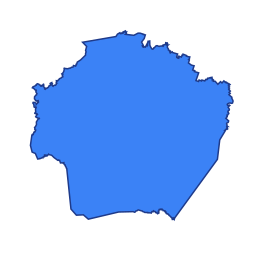 Central Highlands (Tas.), Tasmania, Australia (Mercator projection), rotated 278°
{"feature_id": "25037944B68362175930798", "entity_name": "Central Highlands (Tas.)", "entity_type": "district", "adm_level": 2, "iso_a3": "AUS", "parent_name": "Australia", "parent_adm1": "Tasmania", "projection": "mercator", "projection_center": [146.609, -42.197], "detail": "fine", "context": "isolated", "style": "filled", "palette": "blue", "viewbox_px": 256, "rotation_deg": 278, "n_neighbors": 0, "source": "geoboundaries", "source_scale": "gbopen_adm2", "svg_char_len": 5787}
<svg xmlns="http://www.w3.org/2000/svg" viewBox="0 0 256 256"><g transform="rotate(278 128 128)"><path d="M147.5,33.0L147.8,32.6L147.6,32.1L145.9,31.1L143.8,31.3L143.3,32.0L142.5,32.5L141.9,33.2L142.0,33.9L142.4,33.9L142.4,34.9L142.6,35.3L141.9,35.6L141.3,35.3L141.0,35.5L140.9,35.1L139.9,35.0L139.7,34.6L138.6,33.9L139.7,33.8L140.4,31.4L140.1,30.4L139.3,30.4L138.7,31.1L137.1,31.8L135.8,32.0L135.2,33.3L136.0,33.8L135.8,34.2L133.4,33.8L131.1,34.4L130.2,33.8L129.5,33.7L129.4,34.0L129.6,35.0L129.2,35.2L129.4,35.4L129.4,35.9L128.9,36.3L129.2,37.0L128.4,35.9L126.3,35.0L125.7,35.9L125.7,36.4L125.3,37.2L125.2,38.5L125.6,39.2L124.7,38.6L124.2,37.7L121.2,36.4L118.7,36.9L116.6,36.2L115.5,35.4L114.7,35.9L113.8,35.8L113.3,36.2L113.1,36.9L111.5,36.5L111.0,36.2L111.1,35.7L110.7,35.4L108.4,35.1L107.8,34.5L108.2,34.1L107.6,33.8L97.2,33.8L90.8,36.4L89.9,39.8L84.7,42.9L85.1,44.3L85.4,44.5L85.4,44.9L85.9,45.5L85.5,45.3L85.6,45.6L86.0,46.2L86.1,46.3L87.2,47.8L86.9,48.0L87.7,48.3L87.8,48.8L88.6,49.6L88.7,50.1L89.0,50.0L89.0,49.7L88.7,49.6L89.0,49.4L88.8,49.1L89.6,49.1L89.6,49.5L89.3,49.7L89.7,50.0L89.7,50.3L89.2,50.2L89.4,50.7L89.0,50.5L88.8,50.7L89.1,51.8L90.9,53.0L90.7,53.1L90.4,56.2L88.4,58.9L86.2,63.0L86.3,63.7L86.6,63.8L86.3,64.5L86.4,64.8L84.0,66.0L84.4,67.7L84.2,68.1L84.8,69.3L84.5,69.4L84.2,69.0L82.6,70.4L82.6,71.0L81.1,71.5L80.6,72.2L79.4,72.7L79.3,73.0L39.8,82.8L34.5,89.0L35.8,95.9L32.2,101.4L43.5,130.4L45.9,144.8L45.5,146.1L45.8,146.8L47.0,147.5L47.3,148.5L47.8,148.8L48.3,149.6L47.7,153.9L47.2,154.5L47.1,155.6L46.7,156.4L47.0,158.9L46.8,159.1L47.1,159.5L46.8,160.4L47.1,161.5L47.0,162.9L48.6,163.3L48.8,163.8L48.5,164.4L49.5,164.9L48.9,165.7L49.1,166.4L48.9,166.8L48.1,167.2L48.3,168.3L47.7,168.5L47.2,169.3L48.2,170.4L48.6,170.0L49.3,170.2L49.9,169.6L50.5,170.2L51.4,170.1L51.8,170.3L51.7,170.9L52.3,171.8L52.2,172.1L52.3,172.5L51.7,172.5L52.4,173.9L52.1,173.6L51.1,174.2L51.3,174.7L50.7,175.8L51.1,175.9L51.1,176.2L50.3,177.1L49.8,176.9L49.7,177.3L49.3,177.3L49.1,177.7L48.6,177.9L48.3,179.1L48.6,179.0L48.3,179.9L47.8,180.6L47.2,180.7L46.3,182.5L45.6,183.0L45.2,184.2L44.9,184.0L43.6,184.6L43.9,185.7L44.8,185.3L45.4,185.8L45.0,186.2L44.4,186.1L43.9,186.5L45.5,186.8L109.4,220.9L129.0,220.5L138.6,224.6L139.0,224.7L139.1,224.2L139.7,224.8L139.7,225.0L140.6,225.5L140.5,226.3L141.0,226.8L141.2,226.6L141.0,226.0L141.2,225.7L142.2,226.4L142.4,226.4L142.2,225.9L143.0,225.5L143.7,225.8L143.7,226.1L144.0,225.6L145.0,225.6L145.9,225.0L146.7,225.2L147.5,226.4L149.0,226.7L151.2,223.6L152.0,224.2L153.3,224.3L152.9,224.5L153.1,224.7L154.5,224.5L155.0,225.1L156.1,225.4L156.3,225.8L156.7,225.6L157.1,225.0L157.5,225.2L158.0,224.7L158.7,224.7L159.7,225.7L160.4,225.8L161.2,225.4L162.4,224.3L163.3,224.7L164.5,225.7L164.8,225.1L164.2,224.3L164.1,223.8L164.6,223.2L165.2,223.0L165.8,223.3L166.8,224.8L167.0,225.6L166.8,226.9L167.2,228.0L168.9,228.3L169.8,228.1L172.0,226.6L172.9,226.6L175.0,223.3L176.5,224.4L177.3,223.1L178.8,224.2L180.1,222.4L180.9,223.0L181.7,222.0L182.8,222.8L183.7,221.6L185.2,223.0L186.0,221.6L185.5,221.3L186.9,219.4L186.5,219.1L187.1,218.4L186.7,218.1L188.0,216.4L185.7,214.8L186.8,213.2L183.8,210.9L186.4,207.8L186.1,206.0L187.4,206.0L188.1,204.9L187.7,204.7L189.9,204.1L189.7,203.6L189.3,203.7L189.1,203.0L189.5,202.9L189.3,202.3L189.0,202.4L188.4,200.0L187.8,200.1L187.1,199.7L187.2,198.6L186.5,198.4L186.5,198.0L185.3,197.5L185.8,194.5L184.8,194.3L185.4,191.7L183.9,191.4L184.4,188.7L192.5,190.3L193.1,185.9L194.1,186.1L194.4,184.0L198.8,184.8L199.1,182.1L200.8,178.8L203.8,179.3L204.3,178.5L204.8,179.1L207.0,179.3L207.0,177.6L207.3,175.8L207.9,175.9L208.8,172.2L207.5,172.0L207.6,171.4L205.7,171.0L206.1,169.0L204.9,168.7L205.6,168.2L204.1,167.9L204.2,167.4L204.7,166.5L205.4,166.6L205.5,166.3L208.2,166.8L209.0,161.1L209.4,161.1L208.8,160.1L209.5,159.7L209.0,159.3L208.5,159.7L208.2,159.4L209.5,158.6L209.7,158.9L210.5,158.7L210.8,157.2L211.8,157.0L213.4,155.7L215.2,155.6L215.8,156.2L215.6,154.6L216.4,154.7L217.2,155.4L217.8,155.0L217.8,154.6L217.4,154.2L217.6,153.5L216.1,153.6L215.3,151.8L214.4,151.7L214.7,151.1L214.0,151.0L214.3,150.6L213.8,149.8L213.5,148.1L213.1,147.5L213.6,145.3L213.2,144.3L210.9,142.7L210.9,142.3L209.7,141.9L209.4,141.0L211.0,139.4L213.0,138.1L217.2,137.4L216.6,135.7L215.5,136.0L213.6,135.4L212.9,135.9L212.4,135.7L214.1,135.2L210.5,133.9L210.8,132.4L210.2,132.3L210.4,131.4L211.4,130.7L212.0,131.6L215.0,129.5L218.8,131.6L222.6,132.2L222.7,130.3L223.0,130.4L223.6,126.8L223.3,124.7L220.6,120.9L220.4,112.5L221.3,113.3L222.3,112.8L222.8,113.1L222.7,112.4L223.6,113.0L223.1,112.3L223.8,111.9L222.3,109.7L221.5,110.2L220.7,108.8L221.2,108.5L220.4,107.3L221.2,106.7L219.5,104.5L216.9,103.3L206.6,71.1L203.0,75.7L198.9,75.2L197.5,75.9L196.0,75.6L194.2,75.8L188.8,71.6L186.2,68.6L183.7,68.2L183.8,67.8L182.0,67.5L182.3,65.3L180.6,65.0L180.3,63.6L179.2,62.5L179.1,61.6L178.3,60.1L178.2,57.8L178.4,56.7L178.2,56.4L177.4,56.7L175.0,56.5L173.3,55.8L172.4,54.9L172.0,55.4L172.2,55.8L172.0,56.0L171.3,55.5L170.3,56.2L169.5,56.3L168.8,55.0L168.3,54.9L167.9,54.4L167.3,53.2L166.4,53.0L165.9,52.3L165.0,51.9L164.9,50.7L164.4,51.1L164.1,50.7L162.7,50.6L162.5,51.2L162.2,50.8L161.3,50.9L160.2,50.2L160.3,49.6L160.0,49.1L159.5,48.2L158.9,48.0L159.1,47.5L160.1,46.6L161.3,47.0L161.8,46.2L162.4,46.2L162.3,45.9L161.3,44.7L159.8,45.4L159.2,45.0L159.0,44.1L157.1,43.4L156.6,42.4L156.1,42.3L155.6,41.0L155.1,40.9L155.3,40.6L154.7,39.6L155.8,40.3L156.4,40.0L157.1,38.7L158.2,38.2L158.5,38.6L158.9,38.3L159.5,38.4L159.6,38.1L157.6,36.9L157.6,36.4L157.3,36.1L157.4,35.8L158.1,36.0L158.3,34.4L159.0,33.6L159.2,32.0L158.3,31.2L157.6,31.2L157.5,30.6L156.8,30.2L155.5,28.1L154.5,27.7L154.1,29.1L152.6,31.0L152.7,31.8L152.1,32.0L151.3,31.7L150.5,32.0L149.3,33.1L148.3,32.6L147.5,33.0Z" fill="#3b82f6" stroke="#1e3a8a" stroke-width="1.5"/></g></svg>